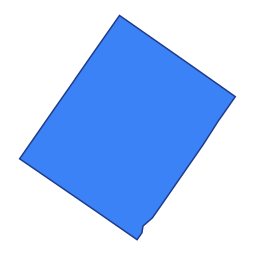 Oktibbeha, Mississippi, United States of America (Natural Earth projection), rotated 125°
{"feature_id": "52423323B5327957773533", "entity_name": "Oktibbeha", "entity_type": "district", "adm_level": 2, "iso_a3": "USA", "parent_name": "United States of America", "parent_adm1": "Mississippi", "projection": "natural_earth1", "projection_center": [-88.888, 33.426], "detail": "fine", "context": "isolated", "style": "filled", "palette": "blue", "viewbox_px": 256, "rotation_deg": 125, "n_neighbors": 0, "source": "geoboundaries", "source_scale": "gbopen_adm2", "svg_char_len": 423}
<svg xmlns="http://www.w3.org/2000/svg" viewBox="0 0 256 256"><g transform="rotate(125 128 128)"><path d="M40.7,72.9L40.7,73.2L40.6,117.6L40.7,199.5L59.3,199.5L91.7,199.5L118.6,199.4L119.0,199.3L155.4,199.3L215.4,199.1L214.8,139.0L214.5,109.0L214.4,86.7L214.3,56.5L205.8,56.5L199.7,59.5L187.7,56.5L173.1,56.5L98.4,56.9L69.8,58.1L62.7,58.0L40.8,58.1L40.7,72.9Z" fill="#3b82f6" stroke="#1e3a8a" stroke-width="1.5"/></g></svg>